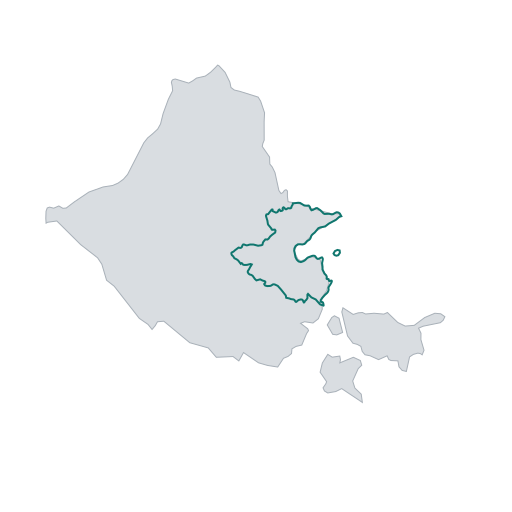 Pärnu highlighted on a map of Estonia, rotated 220°
{"feature_id": "EST-2346", "entity_name": "Pärnu", "entity_type": "County", "adm_level": 1, "iso_a3": "EST", "parent_name": "Estonia", "parent_adm1": "", "projection": "albers", "projection_center": [24.54, 58.305], "detail": "fine", "context": "in_parent", "style": "outline", "palette": "teal", "viewbox_px": 512, "rotation_deg": 220, "n_neighbors": 0, "source": "natural_earth", "source_scale": "10m", "svg_char_len": 6011}
<svg xmlns="http://www.w3.org/2000/svg" viewBox="0 0 512 512"><g transform="rotate(220 256 256)"><path d="M408.1,377.6L406.5,377.9L397.7,376.8L387.8,372.4L383.5,369.0L379.3,369.2L374.3,371.7L356.5,379.1L352.0,377.6L341.5,371.2L336.1,364.1L324.2,350.0L323.1,346.6L321.6,343.9L309.2,340.5L304.5,335.3L300.7,334.6L295.1,332.1L280.6,320.9L277.0,319.9L276.2,321.8L276.4,324.5L275.6,326.1L273.7,326.0L270.3,321.9L266.3,318.2L254.0,325.2L249.5,327.1L245.5,327.5L225.8,336.7L219.8,341.5L217.3,341.0L217.9,336.4L226.1,313.4L227.6,295.1L230.6,292.6L231.4,290.1L230.2,284.2L221.8,280.5L218.3,281.0L215.3,287.3L212.1,291.8L204.6,294.5L198.2,289.7L183.3,283.2L179.6,274.7L178.8,266.1L171.0,257.8L167.9,248.0L169.3,241.3L176.5,236.9L178.6,233.1L169.6,233.5L167.8,232.6L167.4,229.1L163.7,217.2L167.2,212.5L168.8,208.0L166.1,204.1L166.9,199.7L169.2,195.3L168.0,184.9L176.8,179.6L185.4,175.8L203.5,174.0L201.7,164.6L209.0,164.2L221.3,152.9L233.5,154.9L251.0,147.0L284.7,146.8L289.2,142.3L288.4,137.8L288.4,132.9L294.7,134.2L305.3,133.2L345.2,141.7L354.9,141.4L368.8,150.6L376.2,152.8L397.7,152.0L431.1,154.8L437.3,147.9L437.9,146.2L441.2,149.7L445.6,155.3L446.8,158.6L445.6,160.7L441.7,162.6L440.8,164.4L439.2,167.6L434.6,168.4L432.2,170.8L429.9,180.9L425.1,197.6L417.5,210.6L411.2,217.8L408.5,223.2L406.9,229.6L406.8,236.0L414.7,270.6L414.9,276.9L413.7,283.5L412.9,290.1L414.0,295.8L418.7,305.4L423.9,319.8L426.1,329.0L429.3,332.2L432.4,334.6L433.1,336.2L433.0,337.8L431.6,339.7L418.7,345.2L417.1,349.4L415.9,354.1L410.5,361.2L408.9,367.6L408.2,374.9L408.1,377.6ZM113.3,251.2L117.6,254.2L121.6,253.4L125.7,251.5L134.5,253.6L154.3,268.3L156.1,272.2L144.0,273.7L141.2,278.1L138.2,281.1L134.8,282.0L128.8,288.0L120.7,293.7L119.0,297.2L104.7,296.2L96.7,298.2L90.2,304.6L87.2,317.3L82.2,327.1L77.3,330.5L72.3,330.9L71.3,327.1L71.9,323.4L82.8,309.7L85.1,305.2L80.0,302.9L75.9,297.9L66.7,291.8L65.2,287.1L67.4,286.9L69.6,285.6L72.2,281.8L73.5,277.4L66.6,264.2L70.5,262.3L75.2,263.0L79.9,266.9L85.4,262.7L87.7,262.1L91.4,263.8L95.5,255.4L104.5,252.9L109.0,250.4L113.3,251.2ZM132.6,227.5L127.5,233.2L124.6,230.8L123.1,228.0L116.3,241.0L108.9,243.0L104.8,240.3L105.3,235.4L101.6,222.4L95.4,218.4L86.6,217.8L80.4,212.2L105.1,209.5L107.8,203.4L113.0,197.2L116.8,196.6L119.9,198.1L120.4,203.1L121.1,205.1L132.2,208.2L136.4,216.7L137.8,226.8L132.6,227.5ZM157.5,260.6L152.4,261.7L140.5,253.1L143.4,247.5L146.9,245.3L157.1,249.0L158.4,257.6L157.5,260.6Z" fill="#d9dde1" stroke="#a8b0b8" stroke-width="1"/><path d="M261.6,320.0L257.9,323.9L256.3,325.0L251.5,325.7L250.0,326.7L248.7,327.9L248.1,328.5L246.5,328.3L244.8,327.2L242.9,326.7L242.0,328.0L240.8,331.2L239.9,332.0L236.1,332.4L233.5,332.2L231.7,332.0L230.5,332.3L227.2,335.3L224.7,336.6L223.9,337.5L222.9,340.3L222.2,341.5L220.7,342.3L219.0,342.4L216.2,341.3L216.9,340.2L217.4,339.1L217.6,337.8L217.8,336.4L218.0,335.1L221.0,327.7L222.0,323.1L225.0,319.4L226.1,317.4L226.1,311.7L226.6,309.1L226.7,307.7L226.4,306.4L225.9,305.3L225.6,304.1L225.6,302.8L226.4,300.3L226.4,299.0L226.4,297.7L226.6,296.4L227.9,294.6L229.7,293.4L231.4,291.9L232.1,289.2L231.5,286.6L230.2,284.7L225.0,280.5L222.4,279.4L219.9,279.2L217.7,280.2L217.1,281.2L216.3,282.6L215.8,284.1L215.6,285.5L215.5,287.3L215.2,288.4L213.3,291.8L212.5,292.9L211.6,293.6L210.5,293.9L208.3,293.3L207.1,293.3L206.1,294.3L204.9,297.0L204.4,297.4L203.3,297.0L202.6,296.3L200.8,293.0L198.0,290.4L196.3,288.3L192.2,286.5L189.8,286.3L188.6,285.7L188.3,285.4L187.6,284.3L187.3,284.0L186.8,284.0L186.4,284.3L186.0,284.7L185.6,284.9L185.0,284.6L184.4,284.1L183.8,283.9L183.3,284.4L182.9,285.1L182.5,285.6L182.1,285.7L181.6,285.3L181.2,284.3L180.9,282.9L180.7,281.5L180.6,280.4L180.3,278.6L179.6,277.7L178.8,277.0L178.2,275.9L177.8,274.4L177.8,273.2L178.2,270.3L178.3,266.8L178.1,263.9L177.1,262.5L175.4,263.4L174.6,263.3L173.4,262.5L172.4,261.5L172.4,261.4L175.5,260.2L176.4,260.2L182.3,261.1L187.0,259.9L191.8,260.4L191.8,259.5L191.6,259.2L189.5,256.8L189.3,255.0L189.3,254.3L189.5,253.6L189.5,253.1L189.5,252.7L189.4,252.3L189.2,251.6L189.4,251.2L190.0,251.3L191.7,252.2L192.7,252.2L193.7,251.6L195.0,249.8L195.4,248.5L195.5,247.4L195.7,246.7L196.2,246.4L198.2,247.0L199.2,246.9L201.6,245.4L203.2,244.9L206.0,243.4L207.8,244.9L215.3,246.4L220.1,247.1L223.2,246.3L224.1,245.8L224.7,245.2L224.9,244.8L225.3,243.3L225.7,242.5L226.1,242.0L228.0,240.2L229.9,239.3L230.6,239.4L231.6,239.7L231.8,240.1L231.7,240.8L231.7,241.5L232.4,242.3L233.2,242.3L235.2,241.4L237.8,240.8L240.0,237.6L242.1,237.7L245.9,238.7L247.4,238.5L248.9,237.8L250.1,237.7L251.6,238.1L252.3,238.7L252.6,239.4L252.8,241.3L253.4,244.0L253.6,245.7L253.8,246.8L255.1,246.3L257.2,243.4L258.2,242.5L259.4,241.5L260.3,241.1L260.7,241.1L261.7,241.4L262.4,241.3L262.6,241.2L262.7,240.2L266.8,241.1L268.7,241.0L271.1,240.4L273.2,241.1L275.1,241.2L276.2,241.8L276.8,242.5L276.8,243.1L276.6,243.8L276.2,244.5L276.0,245.2L275.8,246.8L274.8,251.2L273.2,252.1L272.7,252.9L272.6,253.7L272.9,254.5L273.2,255.4L273.2,256.6L272.6,257.1L270.2,258.0L269.3,258.9L268.5,260.2L267.7,261.2L265.2,263.2L261.0,265.2L258.8,267.7L258.3,268.7L258.4,269.0L259.2,270.5L259.5,271.8L259.5,274.7L257.8,276.0L257.5,277.5L257.7,280.1L257.3,282.6L256.4,286.3L257.2,287.7L257.5,288.1L258.6,288.3L260.5,286.4L261.4,286.5L261.8,286.9L266.7,287.8L267.5,288.2L270.0,290.4L273.7,292.8L274.4,293.5L274.7,294.6L273.6,295.9L273.6,296.5L273.7,297.5L273.8,301.6L273.5,302.1L273.2,302.2L272.8,301.6L272.1,301.1L268.7,302.0L268.2,302.6L267.8,303.5L267.9,304.5L268.2,305.4L268.1,306.4L267.9,306.7L267.4,306.6L266.9,306.3L266.1,306.2L265.3,307.1L265.0,307.8L265.0,308.4L265.3,308.8L265.9,309.2L266.1,309.5L266.4,310.1L266.3,310.9L265.8,311.1L264.9,311.1L264.0,310.8L263.1,311.0L262.7,311.5L262.6,312.1L262.3,313.0L261.7,313.6L260.6,314.3L260.1,315.0L260.0,315.7L260.4,316.3L260.6,316.8L260.7,317.4L260.8,318.1L260.9,318.7L261.1,319.2L261.6,320.0L261.6,320.0ZM193.8,312.4L193.5,309.5L194.6,307.9L196.4,307.2L198.2,307.7L198.7,310.5L197.5,313.0L195.5,314.0L193.8,312.4Z" fill="none" stroke="#0f766e" stroke-width="2"/></g></svg>